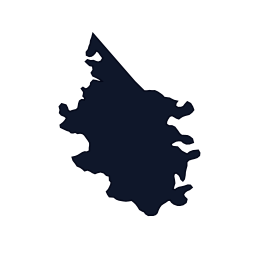 the district of Ipuaçu, Santa Catarina, Brazil, rotated 139°
{"feature_id": "56859067B42484326505504", "entity_name": "Ipuaçu", "entity_type": "district", "adm_level": 2, "iso_a3": "BRA", "parent_name": "Brazil", "parent_adm1": "Santa Catarina", "projection": "robinson", "projection_center": [-52.479, -26.688], "detail": "fine", "context": "isolated", "style": "filled", "palette": "ink", "viewbox_px": 256, "rotation_deg": 139, "n_neighbors": 0, "source": "geoboundaries", "source_scale": "gbopen_adm2", "svg_char_len": 3092}
<svg xmlns="http://www.w3.org/2000/svg" viewBox="0 0 256 256"><g transform="rotate(139 128 128)"><path d="M139.5,35.6L136.7,34.1L133.1,33.7L130.3,35.6L130.6,39.3L129.8,41.6L126.9,42.3L124.5,42.1L121.8,41.2L118.6,41.1L118.5,43.8L120.3,45.6L123.8,47.0L126.1,48.2L128.5,49.6L130.9,50.3L132.9,50.4L134.2,52.4L131.6,54.1L129.0,55.7L127.1,58.5L125.1,61.9L122.7,63.4L120.9,62.2L120.3,59.2L120.6,56.9L121.6,54.5L121.3,52.1L119.0,52.6L116.1,54.9L113.8,57.2L111.5,58.9L108.4,61.0L106.1,63.7L103.2,64.1L100.5,63.0L97.8,61.6L95.1,60.5L92.2,60.4L90.2,62.2L89.6,65.1L93.9,68.1L97.3,69.3L100.5,69.4L101.6,72.1L102.8,75.3L103.0,78.6L103.1,81.1L105.2,83.3L106.8,85.1L106.0,87.9L102.9,87.3L100.5,86.8L98.0,85.3L96.0,83.3L95.7,80.7L94.4,77.8L92.0,75.8L88.2,74.3L86.6,77.5L87.2,80.8L88.1,82.9L89.8,84.7L92.4,87.1L92.9,89.8L92.5,93.2L92.2,97.9L93.4,100.7L95.7,102.7L96.6,105.6L94.9,107.5L92.3,108.7L89.0,109.6L86.5,108.6L85.6,106.2L84.8,103.7L83.6,101.6L81.6,101.5L79.4,101.2L76.7,100.2L72.9,98.3L69.5,98.1L66.6,98.6L65.4,101.8L64.8,105.4L66.1,108.8L69.3,108.4L72.1,107.8L74.5,108.6L77.0,110.7L77.7,113.6L75.5,115.3L73.2,115.8L75.2,118.5L76.3,121.0L77.1,123.2L78.8,125.1L80.7,127.3L80.7,130.0L81.2,132.3L82.1,135.6L83.4,138.5L85.4,140.1L87.2,142.0L89.3,143.4L91.5,145.3L92.5,158.7L92.5,172.7L92.5,176.4L92.5,182.4L92.5,194.8L92.5,222.3L96.1,219.8L98.7,218.5L101.2,216.3L103.7,215.1L106.3,213.3L109.6,212.6L111.5,210.2L110.3,207.5L108.4,206.3L106.2,206.0L103.7,206.3L101.3,207.2L100.4,204.7L100.8,200.9L101.0,197.3L104.5,196.1L107.2,197.1L108.5,198.8L109.8,201.5L112.2,203.3L113.9,206.1L116.5,206.0L116.2,203.0L115.9,200.4L114.0,197.9L116.2,194.6L119.5,193.7L120.3,190.4L118.7,186.9L117.2,182.9L116.9,180.3L119.4,182.1L121.2,184.9L122.9,186.9L126.5,186.5L128.2,184.9L130.7,184.5L132.9,184.5L134.7,185.5L135.4,188.2L137.3,188.3L137.7,184.3L139.3,182.7L141.0,181.6L140.8,179.0L142.7,177.9L144.4,179.8L146.8,180.1L149.0,178.8L150.8,177.3L152.6,175.9L155.0,175.7L157.1,176.8L158.9,177.7L161.2,178.5L161.5,181.0L160.5,183.1L159.8,186.1L162.2,189.8L165.8,189.2L167.3,186.1L169.7,184.3L169.7,181.6L168.1,178.4L167.7,175.8L170.4,174.9L173.2,174.5L177.2,174.7L178.4,172.7L177.0,169.5L175.6,166.4L174.2,164.1L174.0,161.8L172.6,160.4L170.5,159.5L169.7,157.1L167.4,155.6L165.9,153.7L165.4,151.3L165.7,148.2L166.0,144.9L166.5,142.0L168.0,140.1L170.2,138.2L172.1,136.0L174.8,136.7L176.5,138.4L178.6,139.2L181.2,139.6L184.0,140.1L186.6,141.0L189.3,142.5L190.6,139.5L190.8,135.8L191.2,132.7L189.7,129.6L189.0,126.8L188.8,124.2L186.1,123.0L184.6,120.0L184.0,117.8L182.8,115.3L180.6,114.6L177.5,113.0L175.6,110.1L175.3,106.5L173.6,104.0L174.8,102.3L176.2,100.6L176.1,98.3L177.7,96.7L180.2,95.5L182.9,94.4L186.0,94.0L186.8,91.2L187.1,88.4L184.0,85.3L183.3,82.0L182.0,79.6L179.5,76.5L177.5,74.3L175.2,72.7L172.6,71.1L172.1,68.5L171.8,65.7L172.0,62.4L172.6,58.9L171.6,56.0L170.6,54.0L170.9,51.8L170.0,48.8L168.0,47.2L166.2,45.6L163.9,44.7L161.8,44.9L158.9,46.5L156.2,47.6L153.6,48.2L151.2,48.0L148.4,47.5L145.2,47.2L143.4,45.8L143.7,43.4L143.2,40.7L141.4,37.4L139.5,35.6Z" fill="#0f172a" stroke="#020617" stroke-width="1.5"/></g></svg>